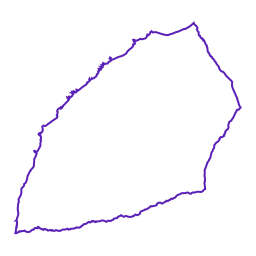 the district of Sao Lourenco, São Filipe, Cabo Verde
{"feature_id": "66160863B41356087556588", "entity_name": "Sao Lourenco", "entity_type": "district", "adm_level": 2, "iso_a3": "CPV", "parent_name": "Cabo Verde", "parent_adm1": "São Filipe", "projection": "robinson", "projection_center": [-24.437, 14.978], "detail": "fine", "context": "isolated", "style": "outline", "palette": "violet", "viewbox_px": 256, "rotation_deg": 0, "n_neighbors": 0, "source": "geoboundaries", "source_scale": "gbopen_adm2", "svg_char_len": 5677}
<svg xmlns="http://www.w3.org/2000/svg" viewBox="0 0 256 256"><path d="M205.2,189.0L204.4,182.7L205.0,181.3L204.8,180.5L205.1,178.5L204.5,176.1L204.8,172.6L204.6,170.0L205.7,167.6L207.5,162.3L208.6,161.1L209.4,159.1L210.1,158.5L210.4,157.5L211.5,152.5L212.6,151.0L213.0,149.5L214.2,147.8L214.2,145.3L216.5,142.4L217.5,142.0L219.3,140.0L219.5,139.7L219.4,138.6L220.1,138.2L220.2,137.5L220.7,137.1L222.3,137.0L224.3,135.7L223.9,134.7L225.3,133.0L225.2,131.7L226.8,129.7L227.9,129.2L228.5,127.6L228.3,125.1L229.3,121.8L231.4,120.6L231.6,119.9L233.0,118.1L235.7,112.3L236.4,111.6L236.7,110.2L237.3,109.7L238.7,109.7L240.6,107.5L240.0,106.7L238.9,104.6L238.2,101.6L237.6,100.4L237.2,98.5L233.0,88.9L232.2,86.7L232.0,84.4L232.2,82.2L231.9,81.4L225.8,75.4L224.7,73.5L223.6,72.3L222.6,71.6L221.7,71.5L220.5,70.5L219.6,69.3L218.7,66.6L216.5,63.8L215.8,62.3L214.5,61.1L214.2,59.8L212.2,58.0L212.0,57.0L211.6,56.6L210.8,56.5L210.5,55.8L209.9,55.5L209.2,53.3L208.2,52.5L208.1,51.7L207.6,50.9L207.4,49.1L207.5,48.0L206.7,46.8L206.9,45.7L205.8,44.5L204.3,40.9L203.3,40.6L203.6,39.9L203.5,39.5L202.3,39.1L202.1,38.3L201.3,38.2L200.4,37.1L200.1,35.9L199.1,35.5L198.7,34.9L198.7,32.2L197.9,31.5L196.9,29.4L197.4,28.3L197.3,27.3L195.8,25.5L194.5,24.6L193.8,22.9L190.1,26.2L185.8,28.7L185.0,29.1L184.1,28.9L178.2,31.6L176.1,32.1L172.5,33.6L169.6,34.4L168.6,35.0L166.5,35.1L163.4,34.5L155.8,32.1L152.5,32.4L151.7,31.4L151.5,31.7L150.4,32.0L149.8,33.9L148.6,35.2L147.3,34.6L146.8,36.8L145.6,38.3L142.2,39.3L140.2,38.8L139.3,39.5L136.2,40.8L134.4,40.0L133.8,40.4L133.6,39.7L133.2,39.8L133.9,41.7L134.9,42.6L134.9,43.7L134.4,44.2L133.3,44.2L133.0,44.8L133.2,45.3L133.0,46.3L131.4,48.0L129.2,49.7L127.4,51.5L126.1,53.6L122.6,55.7L117.9,57.2L113.2,59.4L111.5,59.7L110.8,59.1L110.8,57.9L110.4,57.8L110.2,58.6L109.9,57.9L109.6,58.5L110.3,58.9L110.5,59.8L111.0,60.4L110.1,61.4L108.8,61.7L107.7,63.5L104.7,63.9L103.9,64.5L103.5,64.3L103.6,63.2L103.2,63.0L103.0,63.4L103.2,64.1L102.8,64.2L102.8,63.5L102.3,64.7L103.0,65.6L102.8,65.8L102.5,65.6L102.8,66.0L102.8,66.4L102.0,66.0L102.4,66.7L101.9,67.2L101.5,67.4L100.6,67.2L101.5,68.4L101.1,69.1L100.8,68.9L100.6,69.3L100.0,68.9L99.0,68.9L99.7,69.9L99.6,70.2L98.9,70.3L99.0,70.8L98.6,71.1L97.7,70.7L98.6,71.8L98.0,73.5L97.5,73.6L97.4,74.0L96.7,74.5L96.6,75.7L96.3,76.3L93.8,78.2L92.3,78.7L92.0,78.4L91.9,78.9L89.9,80.0L89.7,79.9L89.4,78.9L89.2,79.3L89.8,80.7L87.6,82.4L87.3,82.4L87.1,81.7L87.0,82.3L87.4,83.1L86.0,84.6L82.7,86.9L78.5,90.3L77.8,90.6L77.5,90.3L77.4,90.8L77.4,90.4L76.7,90.1L77.1,91.2L76.2,91.7L76.1,92.1L75.2,91.8L75.5,92.4L74.7,92.5L74.4,91.5L74.4,92.2L73.8,92.4L73.3,91.4L72.9,91.8L72.6,91.3L72.8,92.0L72.4,91.9L72.8,92.7L72.4,92.8L72.7,93.3L71.9,93.2L73.0,94.1L72.6,95.1L71.8,94.9L72.3,95.2L72.1,95.9L71.4,96.7L70.3,97.4L69.6,96.6L68.8,96.7L68.7,97.3L69.4,98.3L69.1,98.7L68.5,98.7L68.2,97.9L67.3,97.5L67.5,98.2L68.8,99.7L67.7,101.1L63.0,105.9L63.0,106.3L62.6,106.4L61.9,107.5L61.4,107.7L60.9,107.1L60.4,107.6L60.7,108.0L61.1,107.8L61.7,108.1L61.5,108.4L60.9,108.7L59.8,108.3L58.9,108.5L57.8,109.5L57.1,111.1L57.8,112.1L57.4,113.2L57.4,114.1L56.7,115.1L56.8,115.6L57.3,115.8L57.4,116.5L57.0,117.8L52.7,120.6L45.7,125.8L45.1,126.0L43.6,125.6L42.3,126.5L42.8,129.9L42.3,131.6L40.6,133.5L40.2,132.9L40.0,133.0L38.9,133.5L38.6,134.3L38.9,134.6L39.3,134.7L39.5,135.4L40.1,135.4L40.8,136.3L41.0,137.4L41.0,138.6L40.5,139.5L40.5,140.1L41.0,140.6L40.3,143.7L40.5,145.3L39.5,147.7L37.3,151.4L36.7,152.0L35.5,151.5L34.8,150.8L34.5,150.9L34.7,151.2L34.3,151.2L34.4,151.6L35.3,152.5L36.3,152.6L36.7,153.6L35.7,156.3L34.3,158.9L33.8,166.2L33.3,167.2L30.6,170.2L30.4,171.0L29.9,171.4L27.5,176.3L27.1,178.8L26.2,181.7L25.5,182.9L24.2,183.8L24.1,185.2L23.6,186.3L21.6,188.3L21.3,189.2L21.4,192.3L20.8,195.1L18.5,199.4L18.9,201.8L18.1,203.8L17.7,209.4L18.3,213.1L18.2,214.9L17.0,218.5L16.7,219.9L16.0,220.6L16.5,220.6L17.0,221.6L17.1,223.8L17.0,224.5L16.8,224.5L16.8,225.8L16.4,226.3L16.3,226.8L16.7,227.2L16.3,227.8L15.8,230.7L15.9,231.1L15.4,233.1L16.6,233.1L18.9,231.8L19.4,231.2L20.3,231.7L21.1,231.2L23.9,231.0L24.5,230.6L25.7,231.5L26.6,231.6L27.3,232.1L29.6,231.8L30.6,231.3L30.9,230.7L32.8,229.6L33.8,229.6L34.4,228.4L34.8,228.1L35.4,228.0L37.7,228.3L37.9,228.1L37.6,227.1L38.0,226.8L39.5,227.7L40.1,228.5L40.8,228.6L41.6,229.3L42.4,229.1L43.5,229.9L44.1,229.1L45.1,228.9L46.6,229.9L47.1,229.8L48.0,230.6L50.8,229.9L51.3,230.0L51.3,230.5L51.5,230.7L52.7,230.3L53.6,230.9L54.5,230.9L56.0,230.1L58.0,230.8L59.1,230.7L60.0,231.0L62.5,229.6L65.5,229.5L67.5,228.7L68.5,229.6L69.1,229.2L70.1,229.4L70.7,228.8L74.4,228.5L75.3,227.9L76.4,227.8L76.9,227.3L78.4,227.7L79.5,227.6L80.2,227.1L80.8,227.0L81.3,226.1L82.8,225.4L83.3,224.4L86.1,223.8L88.7,221.9L90.2,222.5L91.8,221.1L92.4,221.6L93.3,221.0L94.4,221.7L95.1,221.4L95.8,222.1L97.1,221.3L99.3,221.4L100.6,220.8L102.5,220.4L104.6,220.9L106.2,221.8L107.0,221.6L107.5,220.9L108.2,220.7L110.7,221.0L111.9,220.1L112.9,219.9L114.0,218.6L117.2,218.0L117.7,217.0L119.4,216.1L120.1,216.0L121.0,215.2L123.8,216.8L125.8,215.9L128.8,216.9L131.8,216.8L132.9,216.0L133.7,216.1L135.4,214.5L137.4,215.2L139.3,214.2L139.9,213.7L140.4,211.9L141.1,211.3L144.3,210.1L144.8,209.6L146.6,209.3L149.6,207.3L150.7,206.1L151.9,206.4L156.2,205.4L156.9,204.8L157.0,203.8L158.3,202.8L160.4,202.6L161.6,203.5L162.4,203.5L164.0,202.4L165.8,201.6L166.3,200.7L167.9,201.1L168.6,200.4L170.3,199.7L170.8,198.8L171.9,198.7L172.5,199.0L173.4,198.2L175.2,197.6L175.9,196.6L177.4,195.1L180.2,194.1L181.6,193.2L185.3,193.1L187.1,192.5L188.4,192.7L189.6,193.6L191.1,193.7L191.8,192.9L193.0,192.4L193.7,192.6L195.0,192.4L197.4,191.7L201.2,192.0L202.2,191.5L203.3,190.6L203.7,189.9L205.2,189.0Z" fill="none" stroke="#5b21b6" stroke-width="2"/></svg>